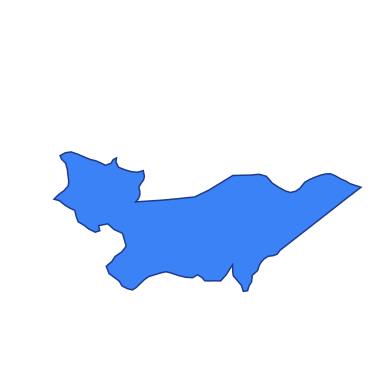 the district of Goianápolis, Goiás, Brazil, rotated 42°
{"feature_id": "56859067B32748378565005", "entity_name": "Goianápolis", "entity_type": "district", "adm_level": 2, "iso_a3": "BRA", "parent_name": "Brazil", "parent_adm1": "Goiás", "projection": "albers", "projection_center": [-49.075, -16.499], "detail": "fine", "context": "isolated", "style": "filled", "palette": "blue", "viewbox_px": 384, "rotation_deg": 42, "n_neighbors": 0, "source": "geoboundaries", "source_scale": "gbopen_adm2", "svg_char_len": 1699}
<svg xmlns="http://www.w3.org/2000/svg" viewBox="0 0 384 384"><g transform="rotate(42 192 192)"><path d="M314.4,75.4L309.5,77.6L303.8,80.1L298.5,81.1L294.4,82.6L287.7,84.1L282.9,85.7L279.5,88.8L276.5,93.1L273.6,98.5L271.0,104.1L269.3,109.3L269.7,117.2L268.6,121.9L265.4,126.6L260.2,128.9L252.7,130.6L245.6,131.7L241.8,131.1L236.7,130.6L229.9,134.0L224.8,139.7L211.3,152.4L203.3,179.2L201.0,184.9L197.2,194.1L193.1,198.5L185.1,207.4L175.7,217.6L156.7,237.1L156.7,232.8L155.3,229.2L152.8,226.4L149.2,223.9L148.3,219.2L147.9,215.4L146.2,212.3L141.5,208.7L138.2,213.9L132.9,217.7L127.3,220.4L120.8,222.8L115.4,220.6L113.1,217.2L111.8,220.6L112.6,224.9L109.8,230.1L104.6,231.5L99.6,233.2L94.8,235.8L89.7,237.7L81.7,240.4L75.4,243.1L71.7,247.4L69.6,253.2L72.8,254.8L78.9,255.2L84.3,258.7L93.5,266.8L95.9,270.2L96.0,276.7L94.6,283.1L94.2,289.7L99.2,287.2L106.4,286.8L112.4,285.6L117.2,284.1L122.4,287.7L127.3,290.3L134.5,288.9L140.3,288.5L147.0,286.6L149.4,282.5L145.1,279.5L150.7,272.0L159.2,272.0L168.0,269.2L179.4,276.3L179.9,283.3L178.0,291.4L178.9,297.0L178.0,304.6L184.9,308.1L197.4,306.9L202.9,308.6L208.3,307.2L213.3,304.6L214.4,300.5L215.2,289.3L216.4,283.8L219.3,279.0L221.3,275.7L223.2,272.6L226.0,268.7L230.2,266.4L234.9,264.4L238.1,263.0L244.3,259.6L249.8,255.3L251.6,249.7L257.2,248.9L260.7,249.5L263.4,247.4L267.3,243.7L272.8,238.9L272.8,230.7L270.8,218.9L276.0,224.3L278.7,226.6L286.2,227.6L291.3,228.4L296.6,231.5L299.4,228.2L297.1,223.5L296.4,218.9L292.6,213.6L293.3,206.5L291.1,201.6L290.3,197.8L290.3,193.7L291.6,188.8L295.0,184.9L296.9,181.2L296.4,176.3L297.6,169.6L310.0,99.5L310.6,95.9L311.5,90.6L312.5,85.9L314.4,75.4Z" fill="#3b82f6" stroke="#1e3a8a" stroke-width="1.5"/></g></svg>